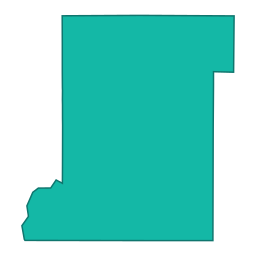 outline of Vigo, Indiana, United States of America
{"feature_id": "52423323B18777614483924", "entity_name": "Vigo", "entity_type": "district", "adm_level": 2, "iso_a3": "USA", "parent_name": "United States of America", "parent_adm1": "Indiana", "projection": "natural_earth1", "projection_center": [-87.485, 39.434], "detail": "fine", "context": "isolated", "style": "filled", "palette": "teal", "viewbox_px": 256, "rotation_deg": 0, "n_neighbors": 0, "source": "geoboundaries", "source_scale": "gbopen_adm2", "svg_char_len": 500}
<svg xmlns="http://www.w3.org/2000/svg" viewBox="0 0 256 256"><path d="M62.4,99.8L62.5,104.8L62.5,106.9L62.5,117.7L62.6,125.3L62.6,125.9L62.5,164.1L62.4,183.3L56.1,180.0L50.7,188.0L38.3,188.1L32.8,192.3L26.9,205.9L28.2,214.5L28.4,216.5L21.9,225.7L24.3,239.3L25.0,240.4L155.6,240.6L212.9,240.6L213.2,127.9L213.5,84.9L213.5,71.7L233.6,72.2L234.1,15.9L139.5,15.4L62.2,15.8L62.3,43.7L62.3,55.4L62.3,67.7L62.3,71.9L62.4,87.9L62.5,90.4L62.4,99.8Z" fill="#14b8a6" stroke="#0f766e" stroke-width="1.5"/></svg>